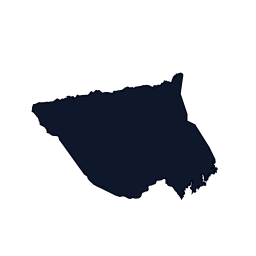 the district of Coribe, Bahia, Brazil, rotated 17°
{"feature_id": "56859067B8540016804066", "entity_name": "Coribe", "entity_type": "district", "adm_level": 2, "iso_a3": "BRA", "parent_name": "Brazil", "parent_adm1": "Bahia", "projection": "albers", "projection_center": [-44.348, -13.779], "detail": "fine", "context": "isolated", "style": "filled", "palette": "ink", "viewbox_px": 256, "rotation_deg": 17, "n_neighbors": 0, "source": "geoboundaries", "source_scale": "gbopen_adm2", "svg_char_len": 5926}
<svg xmlns="http://www.w3.org/2000/svg" viewBox="0 0 256 256"><g transform="rotate(17 128 128)"><path d="M220.5,133.8L220.1,132.8L210.9,122.9L200.8,114.2L191.7,106.3L190.9,105.6L182.1,104.2L180.2,97.7L177.4,93.8L171.4,85.3L167.7,80.2L164.7,61.3L164.1,60.7L163.2,60.5L162.3,60.3L161.6,61.0L160.5,61.5L159.6,62.6L158.7,62.5L158.9,63.3L158.5,63.9L157.6,64.2L157.8,65.0L158.4,65.6L157.7,66.1L157.0,65.7L156.7,66.5L156.7,67.4L157.1,68.1L156.5,68.5L156.6,69.5L156.6,70.4L156.5,71.6L155.7,72.2L155.2,72.8L154.5,72.9L153.8,72.1L152.5,72.4L151.4,72.6L150.7,72.2L150.3,72.8L150.0,73.8L149.2,73.0L149.1,74.0L148.6,75.1L147.4,75.6L147.4,76.5L146.3,78.1L145.6,78.4L144.4,78.4L143.8,79.1L142.9,79.9L141.6,79.7L140.7,80.2L140.7,81.3L140.5,82.5L139.5,82.1L138.5,82.1L137.3,82.1L136.5,81.8L135.5,81.6L134.6,82.2L133.5,81.9L132.7,82.3L132.0,82.7L131.3,83.0L130.3,83.2L129.4,83.8L128.6,84.6L126.9,85.3L125.9,85.8L125.1,86.4L123.9,86.6L123.1,87.2L122.9,88.0L122.3,88.6L121.5,88.6L120.4,88.2L119.7,88.8L119.0,88.9L118.3,89.4L117.2,89.4L116.4,89.2L115.5,89.3L114.6,90.3L113.7,90.7L113.4,91.6L112.7,92.3L111.9,93.2L111.8,94.2L110.6,94.3L109.6,94.9L108.4,95.3L107.5,95.6L107.0,96.3L106.2,96.5L105.2,96.9L104.1,97.2L103.8,97.8L103.7,98.6L103.6,99.4L102.5,99.8L101.4,99.9L100.1,100.1L98.8,100.2L97.8,100.4L97.2,100.6L96.4,100.7L95.4,101.3L93.8,102.3L92.8,102.2L92.1,102.2L91.3,101.7L90.5,101.3L89.3,100.9L88.5,101.4L87.7,101.9L87.1,101.5L86.4,101.8L86.1,102.7L85.4,103.5L84.9,104.6L84.1,105.2L83.4,104.7L82.5,104.2L82.1,104.9L81.7,105.5L81.9,106.2L81.3,106.7L80.9,107.6L80.7,108.9L79.7,108.8L78.8,109.0L78.0,109.4L77.0,109.7L75.1,110.5L74.2,110.8L73.4,111.4L72.5,111.6L71.5,111.9L70.2,111.6L69.7,112.7L69.9,113.8L69.2,114.3L68.7,115.1L68.1,115.6L67.0,115.8L67.1,114.7L66.2,114.3L65.5,114.7L64.8,115.3L63.7,115.3L63.0,115.8L62.6,115.1L61.9,115.2L61.0,115.8L61.7,116.2L62.2,116.9L61.4,117.6L60.6,117.7L59.9,117.8L59.3,118.4L58.7,119.2L57.7,119.6L56.5,119.9L56.1,120.7L55.7,121.3L54.9,121.7L53.7,121.4L52.8,121.3L51.9,121.1L51.2,122.2L50.4,122.9L50.0,123.8L49.7,124.6L48.7,125.1L47.6,125.6L46.6,125.9L45.6,126.5L44.9,126.9L43.8,127.2L42.7,127.3L41.9,128.1L40.9,128.2L39.9,128.9L38.9,129.1L38.0,129.4L37.2,129.8L36.2,129.8L35.2,130.2L34.9,130.9L33.9,131.5L33.2,132.2L32.5,132.9L31.8,133.1L31.0,133.5L31.0,134.5L31.0,135.5L30.9,136.5L31.3,137.2L31.5,138.2L31.5,139.4L31.8,140.1L32.9,140.0L33.6,140.4L34.1,140.9L34.8,141.2L35.5,141.7L36.6,142.3L37.6,143.1L38.5,143.6L39.1,144.0L39.8,144.6L40.4,145.3L40.8,146.4L41.5,147.1L42.3,148.0L42.7,149.0L43.1,149.9L43.9,150.3L44.8,150.4L45.7,150.3L46.5,150.8L47.4,150.8L48.5,151.2L49.2,151.9L49.9,152.2L50.6,152.7L51.1,153.4L51.5,154.1L52.0,155.0L52.2,155.7L53.2,155.7L54.3,155.5L55.3,155.9L56.0,156.4L57.0,156.6L58.0,156.8L58.8,156.6L59.8,156.5L60.6,156.2L61.5,156.0L62.8,155.8L63.8,156.1L64.4,156.5L65.2,157.1L65.5,158.0L66.4,159.2L68.0,160.4L71.1,162.7L81.2,170.4L91.3,178.1L99.6,184.4L100.5,184.9L101.3,185.0L102.9,185.5L103.9,186.1L104.4,187.1L105.0,187.9L105.9,188.5L106.9,189.1L107.8,189.6L108.6,190.1L109.4,190.3L110.2,190.8L110.9,191.0L111.6,191.5L115.9,192.4L118.5,192.7L120.0,192.9L121.2,193.1L122.2,193.3L133.3,195.1L134.2,195.3L136.7,195.6L137.5,195.6L138.7,195.5L140.0,195.7L140.8,195.3L141.8,194.6L143.2,194.1L144.8,193.9L147.4,194.3L148.1,194.5L149.2,194.7L150.4,194.5L151.1,194.3L151.7,193.7L152.4,192.9L153.2,192.7L154.4,192.9L155.7,192.6L157.1,192.1L158.5,191.4L159.3,190.5L159.8,189.7L160.0,188.8L159.8,187.7L159.9,186.4L160.3,185.3L161.1,184.6L162.1,183.9L162.6,183.2L163.5,182.7L164.2,182.6L164.9,181.8L165.1,180.7L164.6,180.0L164.2,179.2L163.9,178.4L164.3,177.4L164.7,176.3L165.8,176.0L166.7,175.6L167.5,175.1L168.3,174.2L169.4,173.6L170.0,173.1L170.2,172.0L170.3,170.7L169.7,169.8L170.3,169.3L171.4,169.1L172.6,168.7L173.6,168.2L174.4,167.8L175.3,167.3L175.9,166.4L176.9,165.6L178.2,165.2L179.3,165.7L179.7,166.8L180.7,167.7L180.2,168.6L180.7,169.5L181.6,169.2L182.2,169.6L182.6,170.4L183.6,170.8L184.4,170.9L185.4,170.9L186.3,170.5L187.5,170.9L188.4,171.1L189.3,171.8L190.2,172.5L191.0,173.2L191.8,173.9L192.6,174.1L193.6,174.6L194.1,175.2L194.7,175.6L195.2,176.3L196.1,176.8L197.0,177.2L197.8,178.0L198.4,178.5L199.1,178.9L199.8,179.8L200.0,179.1L200.1,178.4L200.7,177.2L199.6,176.9L199.4,176.1L200.0,175.8L200.6,175.2L201.1,174.2L200.5,173.0L199.6,172.4L198.9,171.9L199.5,171.5L199.3,170.7L200.4,170.3L199.7,169.4L200.0,168.6L200.6,168.1L201.0,167.5L202.0,167.7L202.2,167.0L201.8,166.1L202.4,165.1L203.5,164.9L204.0,164.0L203.7,162.9L203.3,162.2L203.7,161.4L203.8,160.5L204.9,160.7L205.4,160.0L205.8,160.8L206.3,161.9L205.5,162.4L205.9,163.5L206.0,164.5L206.5,165.2L206.5,165.9L205.7,166.2L205.3,166.8L205.8,167.5L206.5,167.8L207.5,168.1L208.2,169.2L208.5,170.6L208.9,169.4L209.8,169.7L210.8,169.6L211.2,169.0L210.4,168.3L210.5,167.3L210.6,166.5L209.9,165.8L210.5,165.0L211.5,164.7L212.3,165.0L212.9,165.4L213.2,164.3L213.5,163.2L212.7,162.7L213.8,162.2L214.6,161.9L215.4,161.6L215.9,160.9L216.5,160.4L217.0,159.7L218.0,160.2L218.7,160.0L218.4,158.9L218.2,158.2L217.2,157.9L216.4,157.5L215.7,158.4L214.7,158.2L214.1,157.4L214.4,156.4L214.3,155.4L212.8,155.0L213.1,154.3L212.5,153.8L213.1,153.2L212.6,152.2L211.8,151.8L210.9,151.8L210.7,151.1L211.6,150.7L212.5,150.3L213.6,150.0L214.3,150.4L214.7,151.5L215.4,152.0L215.9,153.0L216.2,154.5L216.4,155.4L218.3,155.6L218.4,154.7L219.0,154.0L219.1,153.3L218.8,152.2L217.9,151.0L219.0,151.1L219.1,150.0L220.0,149.8L220.1,149.0L219.3,148.3L219.3,147.6L220.0,147.8L220.8,147.5L220.9,146.4L222.1,146.4L223.4,146.7L223.8,145.9L223.5,145.0L223.1,144.1L224.2,144.3L225.1,144.3L224.8,143.6L224.3,142.7L225.1,141.7L224.9,140.8L224.1,140.5L223.4,141.2L222.3,140.4L221.9,139.6L221.5,138.8L220.7,138.5L219.7,138.1L219.7,136.9L218.9,135.9L219.1,134.9L219.9,135.5L220.7,136.4L221.2,135.7L220.9,134.7L220.5,133.8ZM221.5,141.0L220.7,141.5L220.5,142.2L219.6,142.3L219.6,141.3L220.4,140.9L221.5,141.0Z" fill="#0f172a" stroke="#020617" stroke-width="1.5"/></g></svg>